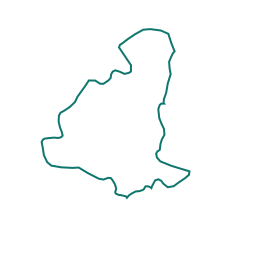 map outline of Probištip (Mercator projection), rotated 326°
{"feature_id": "MKD-2904", "entity_name": "Probištip", "entity_type": "Statistical Region", "adm_level": 1, "iso_a3": "MKD", "parent_name": "North Macedonia", "parent_adm1": "", "projection": "mercator", "projection_center": [22.168, 41.948], "detail": "fine", "context": "isolated", "style": "outline", "palette": "teal", "viewbox_px": 256, "rotation_deg": 326, "n_neighbors": 0, "source": "natural_earth", "source_scale": "10m", "svg_char_len": 1455}
<svg xmlns="http://www.w3.org/2000/svg" viewBox="0 0 256 256"><g transform="rotate(326 128 128)"><path d="M171.5,127.9L169.1,126.4L167.1,126.7L163.6,129.4L159.5,137.2L158.2,142.9L157.3,148.9L154.4,154.0L149.7,156.4L146.0,159.4L142.1,163.9L139.2,163.9L137.0,165.0L135.5,168.6L136.1,173.7L142.8,183.6L154.7,198.3L152.4,200.9L147.3,201.5L139.7,201.5L133.4,201.8L127.9,199.4L126.1,193.8L126.1,190.5L124.5,187.5L121.2,186.6L115.0,189.9L113.8,190.9L113.5,189.9L112.1,187.6L110.0,186.2L108.7,186.7L107.0,187.6L105.3,187.6L102.2,186.7L98.8,184.9L94.7,184.4L90.9,184.4L88.1,185.3L88.1,183.6L84.5,179.6L83.0,178.4L81.2,175.6L81.5,174.0L84.2,171.9L85.7,167.5L86.0,162.7L85.7,159.8L83.6,158.2L78.8,157.0L75.5,153.8L69.5,142.9L65.0,133.2L59.6,130.0L50.6,123.2L43.4,116.3L41.9,111.1L43.1,103.4L45.8,97.8L48.6,91.3L49.1,91.0L50.9,90.1L52.7,90.1L56.0,91.7L61.1,94.5L64.7,97.3L67.1,98.2L69.5,97.8L70.7,94.9L71.9,89.7L74.0,84.0L77.6,79.2L80.6,77.6L85.1,78.0L91.7,78.0L98.6,76.8L103.5,73.9L116.4,69.1L122.1,66.7L127.3,70.3L129.6,75.6L132.3,77.6L138.6,77.6L141.6,76.8L144.3,73.9L147.0,72.7L149.7,73.1L152.4,76.4L155.4,81.2L159.6,82.8L162.0,82.8L165.6,77.6L165.6,68.3L165.6,56.2L167.7,54.6L171.0,54.6L177.3,54.2L186.0,54.2L195.6,55.0L201.9,58.6L209.7,65.5L214.1,72.5L213.2,75.5L211.3,82.2L209.5,90.5L207.1,91.1L203.2,93.4L199.1,96.1L195.9,101.7L193.5,107.2L185.8,113.4L179.3,120.2L174.1,124.0L171.4,127.2L171.5,127.9Z" fill="none" stroke="#0f766e" stroke-width="2"/></g></svg>